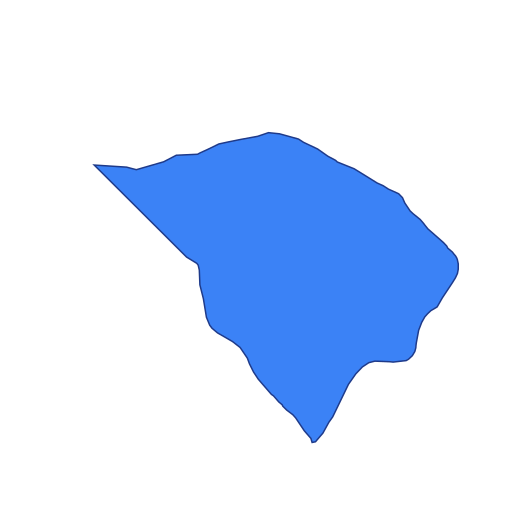 the district of Todos Santos Cuchumatán, Huehuetenango, Guatemala, rotated 32°
{"feature_id": "79465075B37558522420753", "entity_name": "Todos Santos Cuchumatán", "entity_type": "district", "adm_level": 2, "iso_a3": "GTM", "parent_name": "Guatemala", "parent_adm1": "Huehuetenango", "projection": "albers", "projection_center": [-91.561, 15.562], "detail": "fine", "context": "isolated", "style": "filled", "palette": "blue", "viewbox_px": 512, "rotation_deg": 32, "n_neighbors": 0, "source": "geoboundaries", "source_scale": "gbopen_adm2", "svg_char_len": 1427}
<svg xmlns="http://www.w3.org/2000/svg" viewBox="0 0 512 512"><g transform="rotate(32 256 256)"><path d="M436.6,203.2L436.2,192.7L436.7,174.6L436.7,168.9L436.1,164.1L434.5,160.0L431.7,155.5L428.5,152.2L427.1,151.2L425.2,150.2L422.6,149.4L420.5,148.6L414.4,147.7L412.5,146.5L408.0,145.3L387.3,141.9L382.5,140.2L381.0,139.6L375.8,138.0L366.8,136.9L362.8,136.1L354.1,132.2L349.3,128.9L344.0,127.6L332.9,129.1L326.7,129.0L320.0,129.9L293.0,130.0L275.1,133.2L272.8,132.7L264.1,133.3L251.6,132.6L236.1,134.4L230.1,134.3L211.2,139.9L201.2,144.8L194.0,153.6L181.3,165.2L172.2,173.8L165.1,180.7L158.3,191.6L154.1,197.9L152.5,200.7L135.0,212.8L127.8,225.0L108.8,246.2L104.4,247.6L99.2,249.2L71.9,263.9L70.6,264.6L113.0,274.3L197.7,293.7L209.7,293.6L211.8,294.4L215.4,298.0L223.7,310.2L234.0,320.1L246.4,334.2L253.4,339.2L257.0,340.6L264.1,341.6L281.4,341.0L291.0,342.0L302.8,347.2L307.6,350.9L315.4,355.7L323.3,359.3L342.4,365.2L344.9,365.3L352.7,367.7L357.0,368.3L358.4,369.2L363.7,370.4L371.4,371.1L375.5,372.3L389.5,378.6L399.2,381.6L402.4,384.4L404.9,382.0L405.9,375.2L406.6,370.8L405.9,358.4L406.3,351.8L402.4,315.8L403.1,303.0L405.0,293.7L408.2,286.7L412.5,282.2L420.5,277.6L425.6,274.7L428.5,273.3L438.8,265.1L440.1,262.6L441.4,257.7L441.3,252.8L440.2,249.2L438.9,246.7L437.9,244.5L435.0,237.1L433.3,232.8L431.7,224.4L431.4,218.2L432.1,214.1L433.2,209.8L436.6,203.2Z" fill="#3b82f6" stroke="#1e3a8a" stroke-width="1.5"/></g></svg>